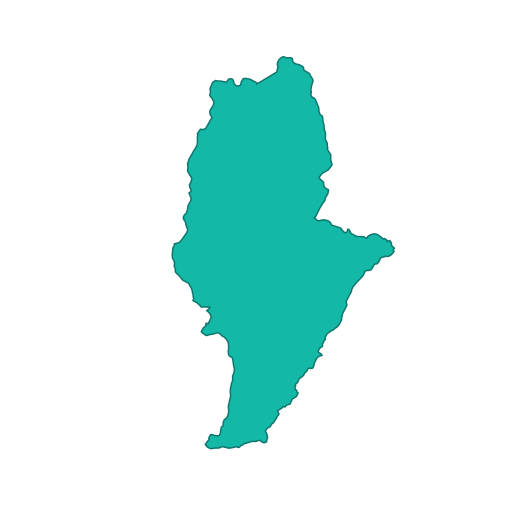 outline of Leon Cortes Castro, San José, Costa Rica, rotated 118°
{"feature_id": "36466004B70383874576114", "entity_name": "Leon Cortes Castro", "entity_type": "district", "adm_level": 2, "iso_a3": "CRI", "parent_name": "Costa Rica", "parent_adm1": "San José", "projection": "mercator", "projection_center": [-84.068, 9.694], "detail": "fine", "context": "isolated", "style": "filled", "palette": "teal", "viewbox_px": 512, "rotation_deg": 118, "n_neighbors": 0, "source": "geoboundaries", "source_scale": "gbopen_adm2", "svg_char_len": 6118}
<svg xmlns="http://www.w3.org/2000/svg" viewBox="0 0 512 512"><g transform="rotate(118 256 256)"><path d="M417.0,161.0L415.0,159.4L413.4,160.3L411.0,160.4L408.1,162.8L406.5,165.1L405.6,165.5L403.6,165.4L402.2,164.9L400.6,163.7L399.6,163.3L397.2,163.3L394.7,162.2L391.0,162.1L389.9,161.7L387.2,162.0L386.2,161.6L384.9,161.5L384.1,162.2L383.0,163.9L381.9,164.2L381.3,163.9L380.5,163.0L379.0,162.4L378.5,161.9L376.1,161.5L376.0,160.1L375.5,159.4L373.6,159.1L372.7,158.5L371.1,156.7L370.3,156.4L369.3,156.4L368.4,156.8L364.6,156.5L362.0,154.7L361.0,154.4L358.5,154.4L357.0,154.7L356.9,156.1L355.7,156.9L355.4,157.7L355.5,158.4L355.1,158.9L353.7,160.0L352.4,159.9L351.3,160.7L350.0,160.8L349.4,160.3L348.2,160.0L344.1,160.2L339.3,158.0L336.0,158.0L334.1,157.1L330.8,157.1L330.0,156.5L329.8,155.3L329.1,154.1L328.2,153.2L325.1,153.5L324.2,154.1L317.5,154.4L315.1,153.4L312.8,151.1L312.2,152.3L311.8,152.5L311.8,155.3L310.9,156.3L310.0,156.5L307.7,156.5L304.5,154.9L303.5,155.4L303.3,155.8L302.5,156.0L297.8,156.0L297.2,155.6L296.3,156.3L295.0,156.7L291.7,156.7L287.6,155.0L284.8,153.0L282.3,152.1L281.3,151.4L278.3,150.4L272.3,150.4L271.6,150.9L266.1,152.5L257.3,152.6L256.1,153.1L254.6,154.6L253.4,155.1L242.2,155.1L241.3,155.8L237.2,155.8L231.3,154.5L224.7,152.6L222.5,152.3L217.9,152.5L215.9,150.2L215.9,149.7L214.1,147.9L208.1,147.6L207.3,147.2L206.4,145.8L205.2,145.1L203.8,145.1L203.5,144.9L198.9,145.1L196.6,142.5L196.1,142.5L196.1,142.1L195.7,141.9L195.0,140.4L194.9,140.0L194.0,138.7L191.0,136.9L190.1,136.9L187.2,136.2L186.2,137.8L184.4,137.4L184.0,137.9L183.2,140.9L182.7,141.6L181.8,141.9L180.7,142.9L179.6,145.2L180.5,146.2L181.5,146.8L181.5,147.5L180.6,147.9L180.2,150.0L180.2,150.5L181.1,151.2L180.6,155.4L180.1,156.9L180.2,160.2L180.8,161.8L182.9,164.4L186.2,166.5L187.7,166.5L188.6,167.1L188.4,168.4L188.5,170.4L190.9,174.9L191.5,177.2L191.4,182.3L191.1,183.3L189.6,185.1L189.0,186.8L189.5,187.6L191.1,186.9L192.0,187.0L193.4,187.9L193.6,188.3L193.4,190.3L192.2,193.4L191.7,193.9L191.8,196.0L193.2,203.5L191.3,206.6L191.1,209.2L191.6,211.4L192.6,213.8L195.1,216.7L195.8,218.2L194.9,222.6L193.3,221.8L184.4,222.1L177.6,221.8L176.2,221.4L173.9,221.4L172.9,222.0L167.0,221.8L165.2,222.6L164.3,222.6L163.5,223.2L163.5,226.2L162.8,228.3L161.0,230.0L159.5,230.7L159.1,231.2L157.9,235.8L157.1,236.9L156.6,237.2L152.6,236.4L150.9,235.8L146.0,232.6L141.0,231.7L139.8,231.7L135.8,235.4L135.2,235.5L134.0,236.4L131.7,237.3L128.6,242.6L127.6,243.3L126.8,243.4L125.7,244.5L122.8,246.2L120.4,249.6L114.8,252.3L112.7,254.6L110.8,256.1L108.8,257.2L105.6,260.1L101.7,262.7L101.1,263.9L101.1,265.7L98.2,268.9L97.4,269.0L95.2,270.7L89.7,277.4L89.3,278.7L89.4,280.9L88.2,283.1L87.1,283.6L85.5,284.0L83.3,285.7L78.8,287.1L75.1,287.7L73.8,288.6L72.9,289.5L71.6,292.1L69.8,294.4L69.5,300.9L69.0,301.4L68.5,301.6L67.6,302.3L66.8,303.8L66.8,307.6L67.4,310.0L67.7,310.4L67.5,313.9L66.6,315.2L66.1,315.3L65.6,316.1L64.5,316.8L64.6,317.9L65.0,319.2L66.6,321.6L67.1,325.2L68.4,326.5L70.7,327.5L72.1,327.8L74.8,327.8L76.8,327.2L78.3,325.8L78.3,325.5L83.9,324.1L103.5,335.8L102.8,336.0L102.7,336.3L102.7,344.7L103.5,346.4L103.8,348.0L104.7,349.7L105.4,350.5L109.0,350.8L111.4,350.1L112.8,350.0L114.8,352.3L115.0,353.2L114.2,356.1L113.7,356.8L112.3,357.7L111.0,359.5L111.0,360.4L111.3,361.5L112.7,363.2L116.3,363.6L116.5,363.9L118.1,369.2L119.5,372.1L120.1,374.2L123.2,375.8L129.4,375.2L130.6,374.8L132.0,373.5L133.1,372.9L135.3,372.6L136.8,370.9L137.1,369.5L138.2,367.6L139.9,365.4L140.7,365.0L142.5,364.6L145.4,364.6L147.3,364.9L149.7,364.8L151.8,363.6L152.7,362.7L154.3,359.8L156.9,360.1L166.2,360.2L168.1,361.0L169.1,361.9L170.2,364.6L175.6,365.2L176.1,364.6L176.8,364.1L178.6,363.6L180.3,362.5L180.8,362.4L181.3,361.8L183.0,361.3L185.5,360.1L191.1,360.1L191.4,360.3L201.7,360.6L206.2,359.8L207.3,359.4L208.0,358.5L208.5,358.5L209.1,357.9L212.1,356.8L213.6,355.9L214.4,354.2L215.5,352.9L216.4,350.7L216.8,350.6L217.1,349.7L218.0,349.0L220.5,348.3L224.7,348.1L225.3,347.5L226.1,347.1L228.3,344.2L229.2,343.8L230.1,343.8L230.7,344.4L232.0,344.7L232.9,343.2L234.3,342.0L235.5,340.1L236.5,340.1L237.7,339.6L243.8,339.6L246.2,338.6L249.3,337.8L251.2,337.8L253.7,338.5L256.0,338.4L256.7,337.5L257.2,337.5L257.2,337.1L257.9,336.5L259.3,334.0L260.9,332.8L261.1,332.4L261.6,332.4L262.2,331.4L263.0,331.0L263.9,329.6L263.9,329.2L265.8,328.3L269.0,328.2L271.3,328.6L275.4,329.0L279.4,329.8L281.4,331.3L283.5,333.8L283.9,333.8L284.4,333.3L285.1,333.1L287.9,333.1L290.0,332.4L290.8,331.8L292.9,331.2L293.9,330.5L294.4,330.5L297.3,328.5L299.1,325.5L301.0,324.4L301.2,324.0L302.1,324.0L303.3,323.5L305.6,320.8L306.5,320.7L308.2,319.3L309.7,313.9L311.7,309.6L311.7,303.1L312.4,301.6L313.8,299.9L314.0,299.1L314.7,298.1L317.3,295.4L317.7,295.3L319.8,293.3L321.2,292.5L322.6,291.3L324.0,290.7L325.0,290.7L325.0,286.0L325.3,285.3L325.9,282.3L326.4,281.6L326.5,280.7L326.8,280.4L324.1,275.7L324.1,274.8L323.2,273.8L322.9,273.3L323.0,272.5L325.6,272.9L327.3,273.9L328.1,270.7L329.4,268.3L331.4,266.7L338.4,266.4L338.6,268.1L338.9,268.5L340.6,267.8L342.4,267.9L343.9,268.6L345.1,268.8L348.4,268.8L348.7,268.4L349.2,266.7L349.2,265.2L349.6,264.3L349.6,262.5L347.1,259.9L344.9,257.0L342.2,254.5L341.6,253.2L341.6,251.1L342.5,248.7L342.5,246.3L343.3,243.5L344.9,240.3L348.9,237.5L353.5,235.6L356.2,233.7L356.8,232.1L356.9,229.3L358.4,227.8L362.9,224.6L365.2,222.5L367.5,221.3L369.7,220.6L372.9,220.3L377.1,218.1L380.0,217.8L385.9,216.0L389.1,214.4L389.5,213.9L391.5,212.7L393.1,212.3L393.4,212.0L396.2,211.5L397.0,211.1L401.5,210.0L406.3,207.0L410.3,205.9L412.7,205.9L413.9,206.5L415.5,207.1L416.4,207.1L419.0,206.6L421.2,205.3L421.7,205.4L423.1,206.3L426.8,205.3L429.2,204.2L431.6,204.2L432.5,205.1L433.4,206.8L434.1,209.0L434.2,210.7L434.8,211.9L435.2,212.2L437.8,212.3L439.2,212.0L439.8,211.4L446.1,212.3L446.8,211.2L447.5,209.2L447.5,206.7L447.2,205.1L444.8,202.0L443.3,199.2L442.5,198.2L440.1,196.3L438.4,189.7L435.3,185.6L433.9,184.4L433.2,181.4L432.5,180.8L430.7,180.5L428.7,179.0L427.0,178.0L423.3,174.1L421.6,172.7L420.0,169.4L417.2,166.6L417.0,165.2L417.3,164.2L417.3,161.7L417.0,161.0Z" fill="#14b8a6" stroke="#0f766e" stroke-width="1.5"/></g></svg>